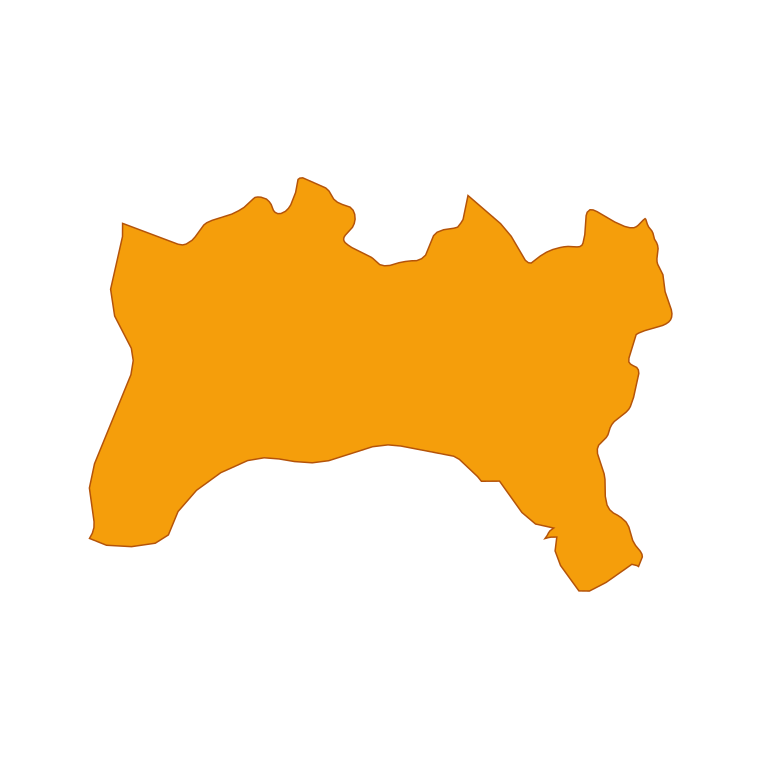 map outline of Shirak (Albers equal-area conic projection), rotated 284°
{"feature_id": "ARM-1555", "entity_name": "Shirak", "entity_type": "Province", "adm_level": 1, "iso_a3": "ARM", "parent_name": "Armenia", "parent_adm1": "", "projection": "albers", "projection_center": [43.928, 40.787], "detail": "fine", "context": "isolated", "style": "filled", "palette": "amber", "viewbox_px": 768, "rotation_deg": 284, "n_neighbors": 0, "source": "natural_earth", "source_scale": "10m", "svg_char_len": 2675}
<svg xmlns="http://www.w3.org/2000/svg" viewBox="0 0 768 768"><g transform="rotate(284 384 384)"><path d="M331.8,136.2L346.1,135.0L357.5,130.2L384.8,106.2L409.8,95.8L463.8,94.6L476.6,91.5L476.5,92.6L469.8,150.4L470.2,154.9L471.9,158.2L477.0,163.0L481.1,165.2L494.7,170.7L497.6,173.0L501.2,177.6L512.0,195.2L517.0,201.1L521.5,205.5L532.1,212.4L533.8,213.7L534.9,216.2L535.5,219.5L535.0,225.2L533.1,228.6L530.9,231.1L525.7,234.7L524.2,236.8L523.6,239.7L524.5,242.8L527.7,246.6L531.3,248.8L535.3,250.2L548.4,251.9L561.7,251.1L563.4,252.5L564.4,255.3L560.1,280.1L557.9,284.0L551.2,290.5L549.1,294.8L548.1,300.1L547.4,308.3L545.1,312.0L541.6,314.5L536.9,316.1L532.5,316.3L528.4,315.5L518.9,310.4L516.6,309.7L514.8,309.8L513.4,310.4L512.5,311.3L511.8,312.0L510.1,315.6L508.6,319.8L503.9,340.9L503.1,342.9L498.8,351.0L498.8,355.9L500.5,361.1L505.3,369.2L508.0,375.0L510.2,380.9L511.6,385.9L514.7,390.2L519.1,393.2L539.9,396.2L544.1,398.8L548.1,404.5L552.1,414.2L554.0,417.5L558.7,419.6L562.7,420.9L587.2,419.9L567.8,458.3L558.1,471.7L538.2,491.2L536.6,494.8L537.0,497.6L546.0,504.7L551.2,509.8L555.3,515.2L559.0,521.8L560.6,525.3L562.0,529.3L563.7,538.1L564.7,540.8L566.6,542.5L569.0,543.0L577.5,542.7L596.3,539.4L599.8,539.6L602.9,541.7L603.5,544.8L602.8,549.0L597.0,568.8L595.1,579.3L595.1,584.7L596.1,588.7L597.7,590.8L599.6,592.3L605.8,595.9L607.6,597.3L607.1,598.2L602.7,600.9L600.4,602.8L597.4,606.8L595.4,608.5L590.0,611.4L587.2,614.2L584.8,615.9L581.6,617.2L571.6,618.5L568.8,619.3L566.5,620.5L557.5,628.2L541.6,634.4L525.6,644.8L521.8,646.4L518.4,646.9L515.6,646.5L513.0,645.2L510.6,643.1L508.2,640.2L498.8,624.0L495.2,619.0L494.0,617.7L492.8,616.7L468.4,615.4L464.7,616.2L463.0,618.2L462.1,621.1L461.2,625.2L459.2,627.4L455.9,628.7L431.4,629.4L421.7,628.5L418.7,627.6L415.4,625.8L403.3,616.5L399.9,614.9L396.2,614.0L388.9,613.6L385.9,612.6L376.6,607.1L372.6,606.7L368.1,608.0L350.1,619.3L344.9,621.5L328.5,625.9L320.5,629.7L316.6,633.4L314.3,637.8L313.2,642.3L311.7,646.5L308.6,652.3L304.4,656.2L292.3,663.2L288.2,667.1L283.7,673.2L281.2,675.5L278.7,676.5L268.5,675.1L269.0,673.4L269.0,668.1L245.2,647.5L232.8,633.4L230.4,623.2L250.6,599.2L263.4,590.4L277.3,588.7L275.8,583.1L274.8,580.8L273.0,577.6L276.5,579.0L279.2,579.6L281.8,580.6L285.3,583.5L284.8,564.9L292.7,548.9L317.7,519.6L313.2,502.0L316.8,497.2L329.1,475.4L330.8,469.1L327.9,415.4L325.9,402.6L320.4,388.1L296.2,348.9L290.2,333.5L287.1,315.9L285.9,300.3L283.4,285.5L276.7,270.2L258.5,247.1L235.5,227.8L210.4,215.0L185.4,211.3L174.2,200.6L165.1,178.4L160.4,153.7L162.9,135.6L168.7,137.1L174.5,137.3L180.2,136.0L211.8,123.3L236.6,122.4L331.8,136.2Z" fill="#f59e0b" stroke="#b45309" stroke-width="1.5"/></g></svg>